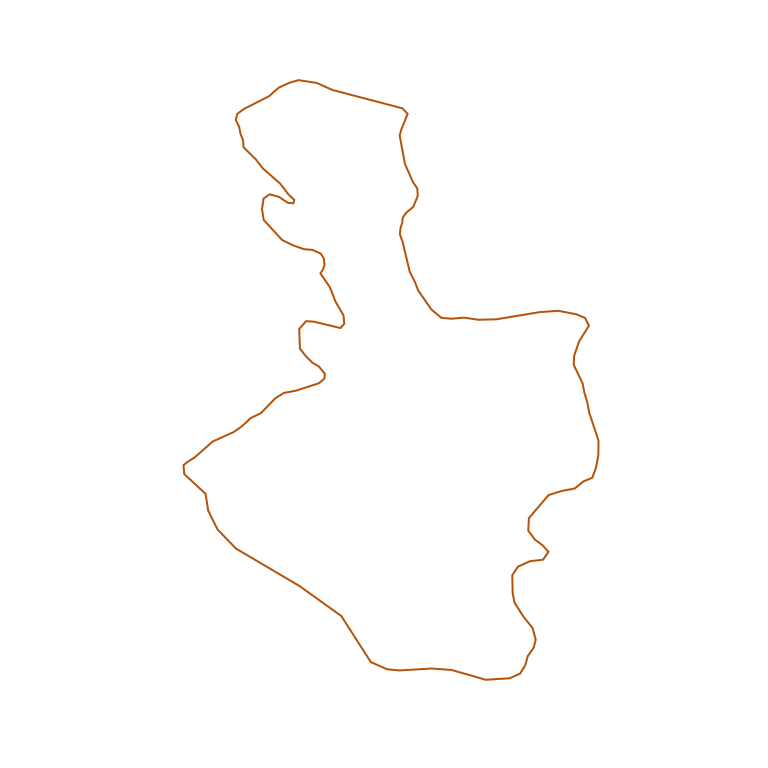 SVG path tracing the border of Dhamar, rotated 115°
{"feature_id": "YEM-153", "entity_name": "Dhamar", "entity_type": "Governorate", "adm_level": 1, "iso_a3": "YEM", "parent_name": "Yemen", "parent_adm1": "", "projection": "equal_earth", "projection_center": [44.123, 14.553], "detail": "fine", "context": "isolated", "style": "outline", "palette": "amber", "viewbox_px": 768, "rotation_deg": 115, "n_neighbors": 0, "source": "natural_earth", "source_scale": "10m", "svg_char_len": 1822}
<svg xmlns="http://www.w3.org/2000/svg" viewBox="0 0 768 768"><g transform="rotate(115 384 384)"><path d="M201.1,631.1L193.5,626.9L171.9,609.9L160.0,604.7L151.1,597.2L144.7,589.8L139.6,572.3L139.3,554.9L126.4,483.8L129.1,476.8L136.7,476.3L145.8,475.9L152.2,474.8L175.6,458.1L188.7,443.2L192.6,436.5L199.3,432.9L211.0,432.3L219.3,436.2L225.1,437.3L230.7,435.5L235.0,435.1L241.6,432.9L247.1,427.4L271.4,408.1L278.2,399.4L284.8,392.5L296.4,372.7L299.8,360.0L296.3,350.4L290.0,339.4L285.9,325.7L278.1,309.9L252.9,273.0L244.0,257.0L239.5,239.0L239.2,229.6L244.6,222.9L263.1,225.2L278.0,223.6L286.5,220.1L299.6,204.2L307.1,198.8L314.6,192.1L323.5,185.7L344.6,165.7L358.1,159.6L370.3,156.5L380.9,155.6L387.8,161.9L398.2,167.1L406.0,178.0L415.1,187.9L444.3,196.0L455.9,191.3L461.2,181.6L463.3,171.6L466.7,164.0L476.0,165.6L482.9,176.8L492.9,185.4L503.1,186.9L519.2,179.0L527.0,173.3L535.9,159.3L542.4,146.2L551.5,138.5L559.7,136.9L569.8,138.7L579.3,137.1L589.0,138.3L597.7,145.9L609.1,166.9L614.6,201.9L621.8,220.7L637.1,249.0L641.2,260.6L641.6,278.4L612.3,324.7L602.8,375.4L595.7,448.7L586.1,473.5L573.1,489.8L559.0,499.2L550.0,527.0L542.3,531.4L537.6,529.1L530.6,524.6L508.6,515.0L491.0,499.9L481.9,494.7L471.0,490.3L462.5,483.3L443.2,476.6L434.5,471.1L427.4,461.2L410.8,443.3L404.5,440.4L399.8,441.8L395.5,450.8L395.0,457.7L391.9,466.4L387.5,475.1L370.0,484.1L360.0,481.2L357.2,474.1L351.7,447.1L346.1,445.5L338.8,449.8L329.8,462.8L319.1,474.0L310.6,488.4L306.4,487.7L301.4,488.1L295.4,491.8L292.5,496.6L292.7,505.5L295.7,513.8L296.8,525.7L296.5,537.4L286.1,562.4L277.0,568.5L266.8,571.5L260.5,567.9L258.8,558.6L260.4,547.6L258.5,542.5L255.1,543.1L252.4,551.1L246.3,562.7L239.9,584.7L234.7,594.9L228.8,611.4L222.8,614.6L218.0,619.7L212.1,624.0L207.2,630.0L201.1,631.1Z" fill="none" stroke="#b45309" stroke-width="2"/></g></svg>